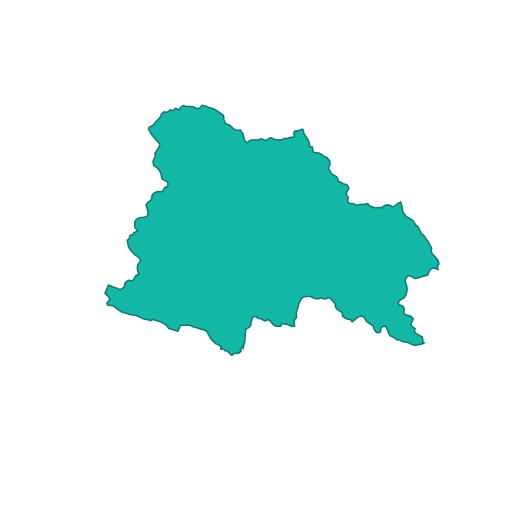 outline of Hulu Terengganu, Terengganu, Malaysia, rotated 143°
{"feature_id": "92858781B28434348300239", "entity_name": "Hulu Terengganu", "entity_type": "district", "adm_level": 2, "iso_a3": "MYS", "parent_name": "Malaysia", "parent_adm1": "Terengganu", "projection": "natural_earth1", "projection_center": [102.769, 5.077], "detail": "fine", "context": "isolated", "style": "filled", "palette": "teal", "viewbox_px": 512, "rotation_deg": 143, "n_neighbors": 0, "source": "geoboundaries", "source_scale": "gbopen_adm2", "svg_char_len": 5389}
<svg xmlns="http://www.w3.org/2000/svg" viewBox="0 0 512 512"><g transform="rotate(143 256 256)"><path d="M109.9,162.9L109.9,167.8L109.5,169.7L109.7,171.7L110.4,174.4L109.9,177.3L109.1,181.4L109.7,184.6L109.7,187.7L109.3,189.9L111.0,194.1L112.3,197.0L112.3,200.4L111.8,203.8L110.4,206.2L108.9,209.2L108.0,212.1L111.6,212.6L115.2,212.3L117.3,213.1L119.0,216.7L121.7,218.6L124.1,218.9L126.8,219.1L129.1,221.1L131.7,222.5L135.2,227.7L135.2,230.6L139.7,232.8L141.6,234.5L144.3,235.4L145.4,236.4L146.6,239.1L149.4,241.3L150.4,243.7L148.9,245.7L147.0,247.1L147.0,250.3L145.8,252.0L143.7,253.0L141.4,253.9L140.3,256.9L141.1,259.1L143.0,261.0L143.7,263.7L145.4,265.9L144.3,268.3L144.1,271.2L146.2,276.3L145.6,281.5L144.5,283.4L142.2,284.1L139.9,287.3L140.1,291.9L142.0,295.1L142.8,298.7L144.5,301.2L146.8,302.9L147.7,304.8L145.4,309.2L147.1,311.1L147.5,311.4L146.1,313.0L145.3,314.5L144.5,317.5L144.2,320.9L144.2,322.6L144.1,325.0L142.9,327.1L142.4,329.3L146.8,330.6L148.4,331.7L149.8,332.4L151.5,331.7L153.7,328.5L154.8,328.4L156.4,329.6L158.3,330.6L160.2,330.7L161.4,332.1L163.3,332.9L165.3,333.1L166.7,334.3L168.8,335.7L170.8,337.4L171.5,339.0L172.6,341.3L174.4,341.9L177.2,342.1L178.9,342.6L180.0,344.3L181.0,346.2L182.5,346.9L184.2,347.2L187.7,349.9L189.7,351.3L191.2,351.9L193.3,351.9L194.9,351.8L195.5,353.9L195.5,355.8L194.5,357.2L193.7,360.2L192.7,361.4L192.8,363.0L193.1,364.5L192.4,365.9L193.9,366.7L195.4,367.5L196.6,369.2L197.4,371.4L197.7,372.8L198.1,376.2L199.3,377.9L200.3,379.4L200.4,380.8L200.0,382.3L199.7,384.3L198.1,386.2L197.4,388.1L197.6,388.6L198.9,392.7L200.2,396.6L201.7,399.8L204.4,403.0L205.9,405.9L208.4,408.8L211.8,408.1L214.1,408.8L216.4,412.9L219.0,415.4L221.3,416.8L223.6,420.0L227.0,420.0L229.3,419.0L231.6,422.4L234.4,421.7L236.7,424.4L239.4,424.1L240.7,424.4L242.8,426.6L246.4,426.1L248.1,424.9L250.8,424.1L255.9,423.4L258.4,422.4L262.2,422.7L263.7,423.2L265.1,422.2L265.4,422.0L266.2,416.8L266.2,413.9L266.0,409.5L265.6,405.6L265.4,403.2L267.3,401.7L271.5,400.0L275.3,398.6L276.4,396.1L279.1,394.9L281.4,393.5L283.3,389.8L281.8,385.9L281.6,382.3L282.5,378.6L283.5,376.7L284.6,374.2L283.5,371.3L282.3,369.3L282.7,366.4L285.2,364.7L287.3,365.7L290.9,364.2L292.8,364.0L295.8,366.7L298.9,367.6L302.3,367.2L304.8,364.5L306.9,363.7L309.7,364.0L313.1,363.0L314.5,359.1L316.4,355.0L318.8,353.3L322.1,354.2L325.9,356.7L329.5,357.2L332.3,356.2L335.4,352.1L335.4,348.9L335.4,346.9L339.4,348.2L340.3,347.2L344.3,348.2L347.0,346.0L349.3,346.2L351.4,342.1L352.5,339.2L352.7,335.5L351.9,329.4L350.6,326.0L350.6,322.1L353.3,320.9L356.1,319.9L358.2,317.7L359.9,314.1L360.3,311.9L363.5,312.6L368.1,310.9L369.6,310.4L372.3,313.3L375.3,313.6L377.4,312.9L379.5,310.7L382.2,310.4L384.1,310.7L385.6,312.1L386.9,314.6L388.6,317.0L391.3,321.6L399.1,317.0L398.3,312.9L398.5,309.4L400.8,308.7L403.5,308.0L403.9,306.2L404.0,305.8L401.6,303.8L399.8,301.7L398.7,296.8L397.0,292.2L394.1,288.5L392.4,285.6L388.4,281.7L386.9,279.7L383.5,273.2L380.5,270.0L378.9,267.6L376.8,267.6L372.3,261.7L370.6,258.3L369.2,254.4L369.2,250.5L363.7,243.0L360.5,244.7L358.4,246.2L354.6,243.7L352.5,242.0L350.6,240.8L348.9,237.4L346.6,234.5L344.3,231.1L342.2,228.4L341.1,226.9L340.7,224.2L341.3,221.3L341.7,218.6L341.9,216.2L341.6,214.5L341.2,211.7L340.9,210.0L340.1,208.8L339.5,207.9L339.1,206.4L338.4,204.7L339.3,204.0L340.2,202.8L338.5,201.8L337.6,201.0L337.8,199.6L337.7,199.0L337.6,198.5L336.2,197.7L335.8,196.9L335.9,195.2L335.7,194.0L335.4,192.6L335.2,191.4L334.1,191.1L333.5,191.4L331.8,191.2L330.0,190.2L329.2,189.3L328.4,188.6L327.8,188.9L327.0,189.3L326.2,188.7L325.9,189.4L324.9,189.2L324.6,190.2L324.4,191.1L323.5,191.2L323.1,191.6L322.4,191.4L321.9,190.0L321.3,191.3L320.7,191.4L320.5,191.1L317.5,194.1L317.1,193.7L308.2,203.8L305.5,203.3L303.6,203.3L301.4,204.0L300.4,205.7L297.4,207.9L295.5,209.2L292.2,207.7L292.0,205.0L290.1,203.3L288.8,200.6L287.9,198.7L284.8,198.0L283.5,195.0L283.7,192.6L283.3,189.9L282.2,187.7L278.5,185.1L276.3,186.3L274.0,184.6L272.3,182.6L270.9,180.4L269.6,178.0L267.3,176.8L265.8,179.7L263.7,181.7L260.5,182.6L257.6,187.0L255.7,188.2L252.5,190.4L250.6,192.1L247.0,193.8L245.6,194.8L242.4,194.6L237.5,191.6L236.1,189.2L234.8,187.0L233.5,185.5L231.6,184.1L229.1,183.4L227.6,180.7L225.5,179.5L222.8,179.0L221.9,176.1L221.7,172.4L221.5,170.2L223.2,167.5L223.4,165.1L221.5,159.5L221.5,158.3L223.2,155.6L222.4,153.4L220.9,150.3L218.6,148.3L218.8,145.6L215.4,145.6L212.2,145.9L208.9,145.4L206.7,143.0L206.7,140.3L207.2,137.4L206.1,134.0L205.1,131.8L204.6,129.6L205.7,126.2L205.9,123.0L204.8,121.3L202.3,120.3L200.0,123.0L197.3,123.5L194.9,122.3L195.4,117.7L196.6,114.7L196.8,111.6L195.1,108.4L193.7,104.0L191.8,102.6L190.7,99.9L188.8,97.7L186.9,95.8L185.4,93.1L184.6,91.1L182.5,88.7L179.1,87.2L177.0,86.0L174.0,85.4L174.7,86.5L173.2,88.7L171.9,91.4L173.6,94.8L174.7,97.5L174.9,100.6L172.6,102.3L174.1,106.5L173.0,108.7L170.5,109.9L168.2,111.3L168.6,114.7L170.9,117.7L172.6,120.6L171.3,122.8L169.2,124.7L169.0,127.9L170.9,130.8L170.7,133.2L167.3,134.0L162.7,133.5L159.3,134.9L157.6,136.4L155.7,137.9L153.8,141.0L152.1,146.4L149.2,148.3L145.8,148.6L144.1,146.1L142.8,142.5L139.9,141.0L136.3,139.8L130.2,137.4L127.9,139.1L125.3,140.3L122.2,140.0L119.9,137.9L118.9,135.7L116.9,139.1L114.8,139.6L114.2,140.5L113.3,142.7L113.3,144.9L113.5,147.8L113.9,151.0L113.7,153.2L112.5,155.1L111.2,156.3L110.6,159.3L109.9,162.9Z" fill="#14b8a6" stroke="#0f766e" stroke-width="1.5"/></g></svg>